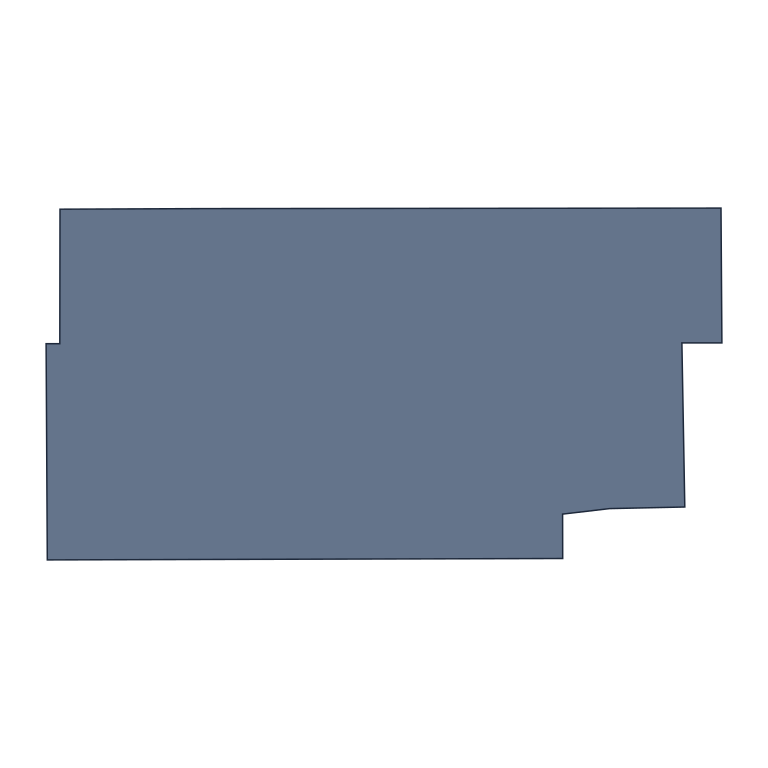 Douglas, Illinois, United States of America (Robinson projection)
{"feature_id": "52423323B58198584375209", "entity_name": "Douglas", "entity_type": "district", "adm_level": 2, "iso_a3": "USA", "parent_name": "United States of America", "parent_adm1": "Illinois", "projection": "robinson", "projection_center": [-88.204, 39.766], "detail": "fine", "context": "isolated", "style": "filled", "palette": "slate", "viewbox_px": 768, "rotation_deg": 0, "n_neighbors": 0, "source": "geoboundaries", "source_scale": "gbopen_adm2", "svg_char_len": 283}
<svg xmlns="http://www.w3.org/2000/svg" viewBox="0 0 768 768"><path d="M47.3,559.9L562.7,558.5L562.6,514.1L609.6,508.6L684.8,507.0L681.9,342.9L721.9,342.9L721.0,208.1L202.5,208.6L60.0,209.2L59.8,343.7L46.1,343.7L47.3,559.9Z" fill="#64748b" stroke="#1e293b" stroke-width="1.5"/></svg>